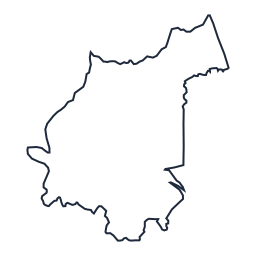 outline of Bakala, Ouaka, Central African Republic
{"feature_id": "33826404B96667764649230", "entity_name": "Bakala", "entity_type": "district", "adm_level": 2, "iso_a3": "CAF", "parent_name": "Central African Republic", "parent_adm1": "Ouaka", "projection": "albers", "projection_center": [20.419, 6.598], "detail": "fine", "context": "isolated", "style": "outline", "palette": "slate", "viewbox_px": 256, "rotation_deg": 0, "n_neighbors": 0, "source": "geoboundaries", "source_scale": "gbopen_adm2", "svg_char_len": 2746}
<svg xmlns="http://www.w3.org/2000/svg" viewBox="0 0 256 256"><path d="M209.8,15.4L208.2,15.4L203.0,24.6L198.5,26.5L195.1,27.8L190.3,31.7L186.4,31.7L183.5,29.5L180.9,30.0L178.0,27.8L171.8,29.1L170.0,34.5L167.3,43.1L165.8,47.1L161.6,49.3L156.7,55.8L152.9,57.6L147.1,56.4L142.8,60.4L139.5,61.7L136.6,63.7L133.8,64.1L130.9,60.5L129.5,60.6L128.9,62.0L128.0,62.8L126.1,63.0L124.1,62.2L121.9,63.4L120.2,64.1L119.2,63.7L116.9,62.5L115.3,61.4L112.2,61.2L109.0,61.5L107.3,62.1L105.2,61.6L103.5,61.6L100.7,58.6L98.6,56.7L93.8,55.9L90.7,52.2L89.8,57.5L90.2,61.0L90.9,64.6L90.0,67.9L89.1,72.5L86.6,74.1L85.4,81.4L83.3,86.8L74.8,93.0L73.0,100.1L68.0,102.0L64.7,106.6L60.8,109.8L57.3,112.1L53.3,116.0L47.2,123.7L45.3,129.3L46.6,138.3L49.4,147.8L49.5,152.5L47.8,152.6L45.2,150.8L41.7,148.0L36.5,147.0L27.9,147.5L27.4,149.9L27.9,154.0L31.9,158.6L38.6,161.7L44.4,163.7L48.1,167.7L48.9,171.3L43.6,183.7L43.6,187.4L46.6,189.6L46.8,191.1L46.6,192.7L45.5,193.6L42.2,196.0L41.6,198.3L42.2,199.7L43.0,200.7L43.6,203.0L44.0,204.1L45.6,205.2L48.1,206.1L49.0,206.0L49.8,204.9L51.0,203.7L52.6,202.4L53.5,201.5L54.9,200.7L56.2,200.7L56.7,200.4L57.4,198.5L58.9,197.2L60.0,197.6L60.7,199.5L61.4,202.4L62.3,204.7L63.3,206.3L65.4,206.1L65.7,204.0L67.4,202.8L72.4,204.9L75.4,204.1L76.5,202.5L77.4,202.6L78.6,204.5L84.7,208.8L87.3,209.5L91.0,210.0L92.0,211.9L93.9,213.5L97.3,208.1L99.1,206.2L101.4,206.3L106.2,210.9L104.9,216.0L107.0,217.8L109.0,222.4L106.7,225.4L106.0,228.6L105.5,232.0L106.5,233.3L110.3,233.2L113.4,235.4L117.8,240.6L120.2,240.6L122.5,240.1L123.9,238.4L126.2,237.9L127.5,239.2L129.2,240.3L131.3,240.6L135.4,240.3L139.4,240.3L139.9,239.5L139.6,237.0L144.4,231.8L143.6,230.3L144.8,226.8L144.8,221.9L146.7,220.0L148.7,218.8L154.0,219.1L158.2,219.1L156.9,221.5L158.8,224.0L161.2,227.4L162.0,229.4L164.3,230.4L166.7,229.6L167.2,227.9L166.3,226.1L166.3,223.9L168.2,223.4L168.3,220.6L166.3,218.4L171.9,209.4L180.1,201.6L183.0,199.0L182.9,195.4L181.2,192.4L179.4,189.6L170.0,182.6L170.9,182.4L178.0,185.9L184.0,190.2L182.8,187.0L179.5,182.5L176.7,180.7L169.0,170.2L164.9,169.7L165.4,169.0L174.2,167.5L183.4,165.1L183.7,146.4L183.5,124.3L183.7,109.4L182.7,106.5L184.0,104.4L186.4,102.6L186.4,100.6L184.7,99.3L183.8,97.7L183.8,95.1L186.6,92.3L186.4,89.8L186.0,88.0L184.0,86.3L184.2,84.2L185.5,83.1L184.8,81.3L186.6,80.0L188.9,78.6L192.4,76.9L194.1,75.4L195.9,76.0L197.8,76.1L198.3,74.3L200.0,73.9L202.1,74.6L204.2,75.0L206.0,75.0L206.5,73.2L207.9,70.9L209.2,70.9L210.0,71.7L210.0,71.0L209.7,69.6L209.7,69.0L212.6,68.3L214.9,68.2L216.5,68.0L217.5,68.9L218.0,70.7L218.8,69.5L220.7,69.4L222.1,69.7L222.6,71.0L223.1,71.4L223.6,70.7L223.9,69.9L224.8,69.6L227.6,68.8L228.6,67.8L224.2,53.6L218.1,38.2L213.2,23.4L209.8,15.4Z" fill="none" stroke="#1e293b" stroke-width="2"/></svg>